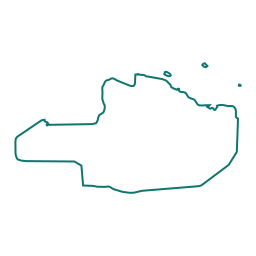 outline of East Sepik
{"feature_id": "PNG-1239", "entity_name": "East Sepik", "entity_type": "Province", "adm_level": 1, "iso_a3": "PNG", "parent_name": "Papua New Guinea", "parent_adm1": "", "projection": "mercator", "projection_center": [143.363, -4.131], "detail": "fine", "context": "isolated", "style": "outline", "palette": "teal", "viewbox_px": 256, "rotation_deg": 0, "n_neighbors": 0, "source": "natural_earth", "source_scale": "10m", "svg_char_len": 2421}
<svg xmlns="http://www.w3.org/2000/svg" viewBox="0 0 256 256"><path d="M135.4,74.5L136.6,74.4L137.7,74.6L138.1,74.1L139.3,74.6L144.0,75.1L144.7,75.3L146.0,76.3L146.8,76.5L147.7,76.5L162.3,79.1L165.4,80.2L166.6,81.0L170.5,84.9L171.2,86.8L171.5,87.3L172.0,87.6L173.1,88.1L173.6,88.5L174.2,88.7L176.2,89.4L176.5,89.7L177.1,89.4L178.1,88.7L178.5,88.7L178.9,88.8L179.1,89.3L178.5,90.1L179.2,91.0L179.9,91.6L180.8,91.9L183.3,92.1L184.6,92.4L185.6,92.9L188.2,96.9L189.0,97.6L191.9,98.8L192.9,99.1L194.5,99.8L197.8,104.7L199.6,105.4L201.9,105.5L206.3,105.2L207.1,105.3L207.9,105.2L209.6,105.2L209.0,105.8L208.4,106.1L207.6,106.2L206.8,106.2L207.3,107.0L207.9,107.4L208.6,107.7L209.3,108.3L210.4,108.7L212.1,107.8L213.1,108.3L213.6,109.2L214.0,109.7L214.5,109.9L215.3,109.8L215.4,109.7L215.4,109.4L215.7,109.0L216.3,108.3L216.9,107.3L217.3,106.4L217.1,105.7L219.4,105.1L222.5,105.0L225.6,105.5L227.9,106.2L228.8,106.0L232.3,106.1L233.3,106.4L234.3,107.3L235.1,108.4L235.6,109.5L235.9,110.9L235.9,116.8L236.4,117.5L237.4,118.3L238.0,118.6L238.0,118.8L236.8,152.0L228.7,164.9L201.3,185.4L198.9,186.1L196.0,186.4L142.0,190.8L133.9,192.7L129.6,192.8L122.7,191.9L113.3,189.1L109.6,186.7L108.6,186.6L107.4,186.6L104.5,186.9L97.2,186.7L93.1,185.9L83.1,185.5L81.4,165.6L74.4,161.5L26.3,161.1L21.4,160.6L17.6,159.4L16.1,156.5L15.5,153.3L15.4,141.8L15.8,138.7L17.3,136.7L41.4,120.4L42.0,120.2L43.1,120.0L43.3,120.1L44.6,119.8L44.7,121.2L45.7,121.8L46.9,122.1L47.9,123.1L46.9,124.2L46.6,124.9L47.0,125.4L48.8,124.5L49.4,124.8L50.5,124.8L92.3,124.1L96.1,123.2L97.5,120.7L97.9,119.6L97.9,118.5L99.2,115.1L101.4,113.8L103.5,112.3L104.4,109.7L104.8,107.0L104.6,105.4L104.4,104.7L103.9,103.9L103.6,103.4L103.1,101.4L102.6,100.2L102.4,99.4L102.3,96.3L102.5,93.5L102.3,88.4L102.4,87.3L102.6,86.7L103.8,84.6L104.8,82.2L105.6,81.1L106.5,80.4L108.3,80.0L109.3,79.6L111.1,78.6L112.0,78.4L112.8,78.4L113.7,78.6L114.7,79.1L116.8,80.4L129.3,85.5L131.2,86.0L132.3,86.1L133.3,86.0L134.2,85.3L134.9,83.8L135.4,74.7L135.4,74.5ZM169.7,76.2L168.5,76.2L166.6,75.5L166.2,75.3L165.4,75.0L164.3,74.1L164.4,73.5L164.8,73.0L164.9,72.2L165.4,71.8L166.8,72.0L168.6,72.9L170.3,74.2L170.7,75.5L169.7,76.2ZM202.3,65.0L203.2,63.8L204.7,63.2L206.4,65.0L207.4,66.0L206.0,67.2L203.7,66.6L202.3,65.0ZM239.3,84.5L240.0,84.7L240.6,85.2L240.6,85.7L240.2,85.9L239.8,85.8L239.3,85.8L239.0,85.8L238.8,85.5L238.8,85.0L239.3,84.5Z" fill="none" stroke="#0f766e" stroke-width="2"/></svg>